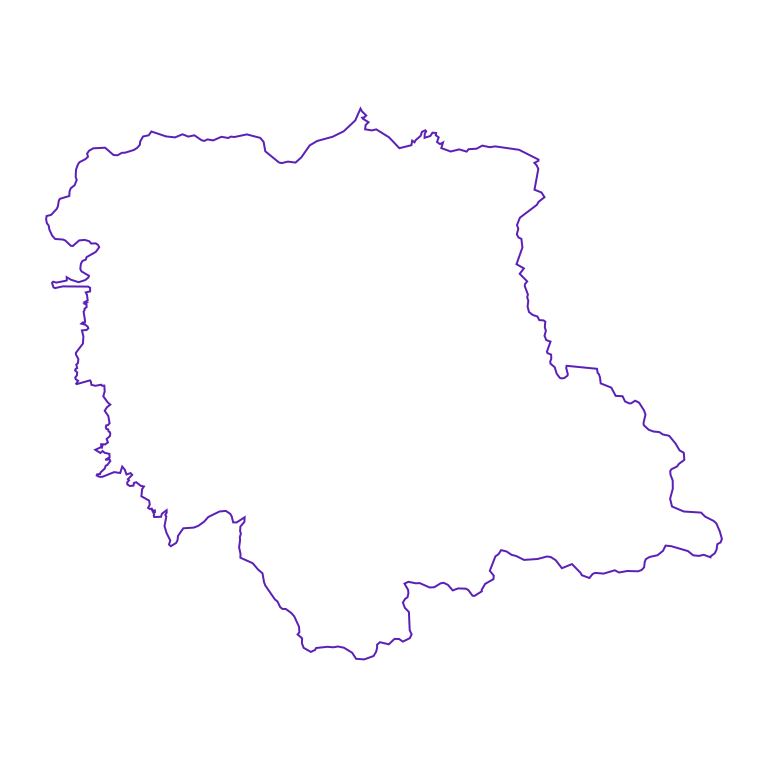 the district of Ciuperceni, Gorj, Romania
{"feature_id": "2599482B36533127285019", "entity_name": "Ciuperceni", "entity_type": "district", "adm_level": 2, "iso_a3": "ROU", "parent_name": "Romania", "parent_adm1": "Gorj", "projection": "albers", "projection_center": [22.982, 44.916], "detail": "fine", "context": "isolated", "style": "outline", "palette": "violet", "viewbox_px": 768, "rotation_deg": 0, "n_neighbors": 0, "source": "geoboundaries", "source_scale": "gbopen_adm2", "svg_char_len": 6021}
<svg xmlns="http://www.w3.org/2000/svg" viewBox="0 0 768 768"><path d="M333.3,647.3L337.9,646.5L343.9,647.7L352.1,652.7L356.1,658.8L364.2,659.4L373.6,656.0L376.1,651.8L377.1,647.9L377.1,644.7L380.0,642.2L388.8,644.3L394.5,638.9L399.1,639.0L402.9,641.6L409.9,638.1L411.6,634.4L409.7,630.1L408.9,612.0L404.9,607.9L402.9,602.6L405.0,599.0L407.5,597.3L408.4,593.2L408.1,589.9L404.5,583.6L408.4,581.8L415.7,583.3L419.7,583.1L429.7,587.5L434.3,587.2L440.7,583.3L443.7,582.8L448.0,584.9L452.7,590.4L458.2,588.4L466.0,588.7L468.4,590.1L472.5,595.7L474.5,595.9L481.8,591.3L481.6,590.0L485.1,583.9L493.4,579.2L493.8,575.7L489.8,570.8L495.4,556.4L498.7,554.0L501.1,550.1L506.6,551.5L511.7,554.9L516.2,556.0L524.0,559.9L537.5,559.0L547.0,556.5L550.7,557.0L555.7,560.2L561.9,568.2L572.0,564.1L580.6,572.9L581.8,575.2L589.4,578.0L592.6,574.0L595.2,572.9L603.6,573.6L614.8,570.3L619.1,572.5L627.3,571.0L638.1,571.3L641.6,570.0L644.1,567.4L644.7,562.1L645.8,559.2L649.5,557.0L657.6,555.2L663.0,550.8L665.6,545.6L671.3,546.2L688.0,551.1L693.2,555.3L699.0,555.9L703.8,554.8L710.5,557.3L710.8,556.2L714.7,553.4L716.6,549.6L717.3,544.2L720.6,542.4L721.9,538.9L719.8,531.4L716.3,523.3L713.6,520.9L705.1,516.6L701.1,512.6L683.8,511.5L672.0,506.5L670.1,498.7L672.8,488.7L672.7,480.5L670.5,474.7L670.2,471.1L671.5,469.2L677.0,466.5L679.1,463.7L684.3,459.9L683.8,452.8L679.6,450.4L675.5,443.5L669.2,435.8L662.7,434.4L659.4,432.1L653.4,431.5L648.6,429.7L643.8,425.2L643.5,423.1L645.5,414.5L644.0,410.4L639.1,402.7L635.2,400.7L631.1,403.3L629.3,403.4L625.1,401.5L622.5,396.2L615.7,395.9L611.3,387.6L600.7,383.4L600.0,377.4L598.9,374.2L597.6,372.8L597.0,368.8L566.6,365.8L566.2,368.0L567.8,374.1L567.5,375.6L564.2,378.1L561.3,378.4L559.8,377.8L556.7,373.7L554.7,367.2L550.5,363.7L550.2,361.5L551.3,358.7L551.1,354.6L547.5,353.1L546.9,351.8L550.5,341.6L546.3,340.1L544.5,335.8L545.9,330.8L544.8,327.2L545.3,321.6L543.6,320.4L539.3,320.1L537.4,316.5L532.6,314.9L529.0,312.0L527.6,306.6L528.3,300.8L527.2,297.4L527.9,294.5L524.7,285.9L525.1,283.9L527.2,281.4L519.7,273.8L523.9,268.4L516.5,264.2L522.4,247.5L521.4,238.9L518.6,237.5L516.8,234.4L518.3,228.7L517.0,225.1L519.9,217.7L536.8,204.9L538.6,201.8L544.5,197.2L541.5,192.5L534.5,189.7L538.3,169.0L536.8,165.5L534.4,162.9L538.4,160.8L538.5,159.6L519.1,149.8L495.3,146.4L489.7,147.2L482.3,145.6L476.6,148.7L468.6,149.2L466.6,151.6L459.2,149.4L450.6,151.5L441.3,148.1L443.0,142.5L440.0,144.1L437.0,142.0L438.7,137.4L435.7,135.2L436.1,133.0L432.5,132.7L430.3,136.0L424.6,137.8L424.7,133.9L426.2,131.3L425.3,130.3L421.9,131.9L420.7,135.8L415.6,140.2L414.5,142.3L412.2,140.6L411.4,145.2L399.4,148.2L389.0,137.3L376.3,129.4L371.7,130.4L365.1,129.3L365.6,125.1L368.5,122.2L362.8,118.7L362.2,117.7L364.2,117.4L366.2,115.5L361.9,111.3L360.5,108.6L355.2,120.5L343.7,131.3L332.5,136.8L317.1,141.0L309.7,145.4L301.3,157.4L295.5,162.6L287.9,161.6L281.7,163.1L279.0,162.5L265.3,151.3L263.6,141.9L260.3,137.9L246.9,134.4L234.5,137.0L230.9,136.6L228.3,138.0L221.4,136.8L213.2,140.4L207.6,139.4L204.2,140.9L201.7,140.3L194.4,135.3L188.3,136.6L182.5,134.3L175.0,137.4L166.0,136.4L151.4,131.5L148.7,135.3L143.0,136.5L140.1,141.8L139.9,144.7L137.3,147.8L133.8,150.0L125.0,152.7L121.9,152.8L117.5,155.3L113.5,155.0L105.1,147.7L93.3,148.3L89.1,150.7L87.1,153.6L88.0,156.7L85.5,159.1L79.5,162.2L78.1,164.1L76.0,169.6L75.7,177.1L76.7,179.9L74.6,185.2L70.7,188.3L69.5,191.8L69.3,196.0L60.0,198.8L58.9,200.3L57.9,206.3L56.8,208.8L51.1,214.9L46.6,216.0L46.1,219.4L46.9,223.2L48.7,225.6L49.4,229.7L52.2,235.7L55.2,239.0L62.8,239.5L65.3,240.5L70.7,245.7L72.8,246.0L79.2,240.4L84.8,239.9L89.1,241.2L91.2,243.5L95.8,243.4L98.0,244.9L99.2,247.2L95.8,251.9L86.6,257.1L85.8,259.6L82.4,261.0L80.9,263.8L80.3,268.9L81.5,271.4L89.0,275.8L88.4,277.5L85.2,280.1L78.6,282.2L70.9,279.7L66.7,277.2L66.8,280.2L66.2,280.7L56.3,282.6L53.2,281.7L52.0,282.9L53.5,287.3L55.0,288.1L62.7,286.4L88.1,286.6L90.1,287.8L90.1,291.4L85.8,292.4L87.0,294.9L87.7,300.5L84.7,302.0L86.6,302.7L84.6,303.7L86.5,304.6L86.6,307.1L84.5,308.8L84.6,310.1L83.6,311.7L85.1,321.1L84.9,322.4L82.8,322.4L81.4,323.7L85.3,324.7L87.8,326.8L88.3,328.4L86.5,330.0L81.9,330.4L83.4,336.5L82.9,343.6L75.9,352.8L76.0,354.7L78.4,359.2L77.9,363.1L76.3,364.6L77.2,368.1L75.6,369.0L75.1,370.4L77.2,372.4L76.9,375.4L75.2,377.5L75.9,379.4L78.1,380.8L76.2,383.7L76.7,384.1L90.0,380.4L90.8,381.4L91.4,384.8L95.3,385.8L101.3,384.7L102.2,385.8L104.3,385.6L104.7,391.4L103.3,396.3L107.7,402.4L110.3,404.6L106.8,407.4L104.7,410.8L108.3,416.0L109.6,423.3L107.9,425.1L106.2,425.4L105.8,427.1L106.5,429.0L108.2,429.4L108.5,431.4L109.9,432.2L110.3,433.8L109.9,436.1L106.6,439.0L107.9,442.4L105.2,444.4L101.2,444.2L101.1,446.4L102.3,446.2L101.9,447.7L100.7,447.3L95.3,449.8L100.4,453.0L102.6,451.0L104.6,452.8L109.4,453.9L109.6,457.3L105.2,459.8L109.5,459.4L110.3,461.1L107.3,465.0L105.7,465.7L104.7,468.6L100.5,472.5L100.1,474.0L97.2,474.3L96.7,475.5L99.4,476.8L102.4,476.8L114.2,472.1L120.2,473.0L122.2,466.6L124.8,469.7L126.5,474.5L130.6,473.1L132.2,474.9L127.9,479.2L129.0,480.3L127.2,482.5L127.3,484.4L129.8,486.0L133.5,485.6L133.9,483.0L136.2,482.2L140.7,485.8L143.9,486.5L142.1,489.2L141.4,496.3L149.1,500.6L149.8,504.6L148.1,507.9L149.9,509.0L151.8,508.6L152.6,510.6L154.9,510.4L154.9,511.9L152.6,511.2L154.2,514.3L153.7,515.4L154.2,517.0L161.0,516.8L161.9,513.8L166.6,510.2L166.7,512.6L165.3,514.9L166.3,516.6L164.5,526.2L166.6,533.1L170.3,540.5L169.0,544.5L170.8,546.2L176.2,542.9L177.5,540.3L178.0,535.9L183.3,528.3L193.7,527.6L198.2,525.9L203.9,521.9L208.3,517.0L219.5,511.5L225.8,510.9L230.3,513.9L231.7,516.4L233.2,522.4L236.7,522.4L244.6,517.3L244.4,521.9L240.4,526.5L240.1,531.1L240.9,533.6L239.8,537.3L240.1,539.9L239.1,547.3L240.5,553.9L240.4,557.7L252.7,563.2L258.0,569.5L262.5,573.3L264.0,582.0L265.3,585.5L274.9,599.4L277.5,601.5L280.2,607.1L282.4,608.9L285.8,609.0L291.3,613.0L294.2,616.3L299.0,626.7L299.4,632.2L297.6,634.5L302.1,638.3L301.9,643.2L303.6,647.8L310.8,651.9L315.0,650.0L316.1,648.0L327.4,646.8L333.3,647.3Z" fill="none" stroke="#5b21b6" stroke-width="2"/></svg>